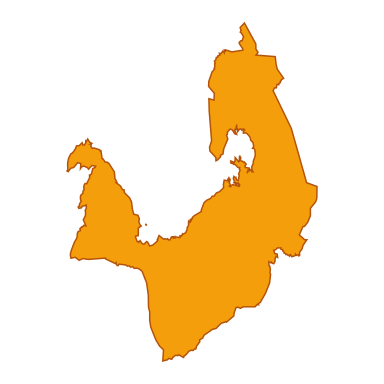 the district of Laguna, Laguna, Philippines
{"feature_id": "2640588B29584406601254", "entity_name": "Laguna", "entity_type": "district", "adm_level": 2, "iso_a3": "PHL", "parent_name": "Philippines", "parent_adm1": "Laguna", "projection": "equal_earth", "projection_center": [121.262, 14.28], "detail": "fine", "context": "isolated", "style": "filled", "palette": "amber", "viewbox_px": 384, "rotation_deg": 0, "n_neighbors": 0, "source": "geoboundaries", "source_scale": "gbopen_adm2", "svg_char_len": 5995}
<svg xmlns="http://www.w3.org/2000/svg" viewBox="0 0 384 384"><path d="M162.8,361.0L167.4,359.8L168.8,358.4L171.7,359.3L172.8,357.4L175.5,355.3L177.9,355.6L178.7,354.8L183.6,357.5L184.0,356.2L186.1,354.7L188.8,351.3L191.3,350.2L193.0,350.5L194.3,349.2L195.8,349.0L196.7,345.9L199.8,341.8L199.6,339.8L202.4,338.3L204.3,335.0L212.5,329.3L216.0,328.5L221.0,323.4L225.7,321.8L226.4,322.2L233.7,316.0L234.3,312.4L236.1,307.5L237.8,307.2L240.5,308.3L243.2,306.8L255.1,306.8L256.9,304.7L258.6,304.8L258.1,303.8L260.4,302.3L265.6,293.0L269.6,282.9L270.6,274.2L269.9,272.8L270.4,269.0L269.7,267.7L270.1,266.8L268.9,265.2L268.9,261.6L270.7,262.7L271.4,262.1L272.2,263.3L273.8,263.7L275.0,261.4L275.1,258.5L276.1,256.5L277.6,257.4L277.2,254.1L274.8,253.6L273.7,250.3L275.7,249.7L277.4,247.9L280.9,247.9L280.8,249.1L282.8,249.8L282.7,250.9L283.9,251.8L284.0,253.0L285.3,253.4L286.0,254.6L286.8,254.2L288.0,255.3L289.0,255.2L289.4,256.1L290.5,254.7L291.7,256.7L293.7,256.2L295.4,255.4L295.5,254.2L296.4,255.3L298.3,254.8L298.8,255.9L299.6,255.5L299.6,252.1L301.9,249.2L303.1,245.2L306.8,239.8L304.6,239.7L299.3,234.9L303.0,226.5L304.5,226.4L307.7,222.3L310.4,215.8L310.4,208.3L315.6,201.9L316.8,198.3L317.0,186.5L306.6,182.7L291.3,128.4L273.1,90.7L274.5,87.9L276.4,87.8L276.9,84.5L278.8,84.7L278.8,83.6L280.3,82.6L280.3,81.3L281.2,80.7L281.1,79.9L283.6,78.3L277.3,69.2L276.1,64.3L275.2,56.6L256.0,55.1L258.0,52.4L255.9,49.0L255.8,43.9L244.4,23.0L240.1,27.6L241.0,29.9L240.3,32.3L241.4,33.0L243.5,36.7L242.1,40.8L240.7,40.8L239.2,42.4L239.4,43.7L242.7,48.8L242.8,50.2L231.9,51.9L225.5,49.9L225.4,50.7L224.7,50.3L225.1,51.4L223.9,51.6L224.0,52.4L222.9,50.9L221.0,53.7L219.4,53.2L219.7,55.3L217.8,55.9L217.7,57.2L216.3,57.4L215.8,59.9L214.4,61.1L215.2,63.2L214.6,63.9L214.9,66.5L214.1,68.5L214.6,69.2L212.1,71.8L208.8,81.4L208.6,86.4L214.3,93.3L214.0,100.1L208.9,98.7L209.2,110.9L211.6,140.9L209.5,147.2L210.0,151.2L215.8,157.4L216.0,160.8L217.5,160.0L220.5,156.9L220.5,155.3L223.0,154.0L223.7,148.9L227.8,139.0L226.5,135.0L227.4,134.2L227.4,132.2L230.1,129.0L232.3,129.9L234.8,133.8L236.6,134.4L234.7,130.3L234.9,129.3L235.8,129.2L236.9,124.5L236.4,128.0L236.7,129.1L237.5,128.7L237.6,131.7L239.4,129.3L240.8,128.8L241.8,130.1L243.0,129.0L244.2,129.3L244.7,130.3L243.3,130.9L243.4,133.2L245.6,132.8L247.3,133.8L250.1,137.3L250.7,140.2L253.0,142.6L253.7,146.3L252.6,148.3L253.7,148.3L254.7,149.5L255.3,153.9L254.9,156.9L253.4,160.7L253.2,163.6L251.7,166.8L252.2,170.6L253.0,171.9L252.0,171.8L250.8,169.9L249.5,170.8L248.8,170.1L247.0,173.2L248.0,170.0L249.6,169.1L249.4,168.1L245.4,167.5L244.7,165.1L245.2,165.6L246.2,164.1L244.3,162.0L243.6,162.5L242.7,161.3L241.0,160.9L240.4,159.6L240.8,157.7L240.3,156.9L240.2,157.9L239.9,156.4L239.5,156.4L239.3,161.2L238.8,161.8L235.2,157.5L235.0,161.2L234.3,162.4L231.4,161.2L232.6,163.1L231.1,162.5L231.0,163.1L233.2,163.4L233.4,164.4L234.9,164.3L237.9,167.4L239.7,167.7L239.3,169.0L240.1,170.3L238.7,173.6L239.2,175.7L238.1,180.7L236.4,179.8L235.9,177.3L235.2,177.6L233.9,176.4L233.3,178.7L234.5,181.6L233.9,182.6L237.9,183.1L237.5,183.8L235.9,183.9L236.5,184.3L238.9,183.7L239.7,184.9L238.9,185.5L239.5,186.2L238.0,185.0L239.7,186.6L232.9,184.6L230.8,185.8L230.6,187.4L230.2,185.5L229.7,185.7L230.4,184.6L229.4,182.9L230.0,180.2L228.9,181.1L229.5,178.1L228.7,179.3L228.0,179.0L227.3,180.8L224.2,180.1L223.4,184.4L223.6,187.3L222.7,188.7L219.5,191.7L216.4,192.9L214.0,196.2L212.2,196.2L210.7,198.4L206.8,200.2L204.1,202.6L201.2,210.2L201.4,211.4L193.8,216.0L192.4,217.5L192.6,218.2L190.3,219.6L190.5,220.3L191.9,219.1L190.3,222.0L188.7,222.9L188.4,225.6L187.1,227.7L187.2,229.3L185.7,232.7L183.0,234.3L182.5,233.8L181.5,236.0L180.0,235.7L179.9,237.6L175.7,236.9L175.5,237.7L173.5,238.1L172.8,237.4L173.6,236.7L172.0,236.9L172.4,237.4L171.3,237.3L170.0,239.8L169.0,240.1L167.6,238.8L167.2,239.4L165.3,238.7L163.6,239.2L159.1,235.5L157.2,239.9L157.3,240.6L158.0,239.4L157.5,241.0L152.7,245.1L149.6,246.0L147.7,242.2L146.7,241.5L143.9,244.2L142.1,243.6L140.1,240.6L138.9,242.2L138.6,241.5L137.3,241.7L135.6,237.4L135.6,236.1L137.9,235.6L138.2,236.3L138.4,228.0L141.2,226.0L140.0,224.8L138.8,221.7L139.4,218.9L138.0,215.3L133.7,214.2L132.4,209.2L131.5,201.8L129.6,197.9L124.4,192.6L124.1,189.9L122.5,189.7L120.5,186.0L116.3,182.8L117.0,182.8L116.9,182.1L115.0,178.6L114.3,171.8L108.9,163.4L107.2,162.2L105.2,162.1L102.9,158.8L102.1,158.7L101.0,151.0L100.4,151.2L100.5,150.6L99.2,149.6L93.9,148.0L92.2,148.3L90.8,146.4L91.3,144.1L90.5,144.1L91.8,143.3L89.7,142.3L87.7,139.0L86.3,141.5L85.8,141.0L85.7,143.1L84.2,145.1L83.0,145.1L82.1,142.7L79.3,145.6L76.5,145.9L75.2,149.3L72.7,152.7L70.6,154.1L68.5,158.6L67.6,163.4L67.8,169.8L67.0,171.0L68.1,171.7L70.9,168.2L73.7,167.5L77.7,162.6L80.8,163.6L80.5,168.5L81.5,167.0L83.6,166.0L87.3,167.5L88.6,169.2L91.9,165.5L95.7,166.2L94.9,167.6L92.8,168.5L91.4,174.1L89.5,175.1L90.0,175.8L89.5,176.3L89.7,177.4L86.7,183.7L85.1,183.5L84.2,184.8L83.7,187.5L84.2,189.7L83.2,190.7L82.7,193.6L81.1,194.8L80.4,196.5L80.5,199.5L81.2,201.2L79.8,203.5L79.2,205.3L79.6,206.2L78.1,207.0L78.9,208.4L81.5,207.8L82.4,206.0L85.8,205.7L86.4,204.3L86.3,208.2L85.1,210.6L85.6,211.4L85.4,215.9L83.3,219.7L85.9,225.8L83.8,225.3L82.5,227.0L81.7,226.8L79.8,228.9L80.4,229.5L80.2,230.8L78.2,231.5L77.5,232.9L76.9,238.0L74.4,242.2L71.4,250.1L70.3,254.3L70.9,258.2L75.3,257.3L79.1,260.3L82.9,258.6L88.6,259.4L105.5,258.1L105.5,258.9L115.6,263.7L116.0,262.7L116.8,265.1L117.9,265.7L119.3,264.1L126.3,265.1L127.2,266.1L129.4,265.9L130.5,267.1L132.9,266.8L134.2,268.4L136.6,268.1L139.1,268.9L142.1,271.3L146.6,282.8L148.3,294.9L148.5,307.0L149.7,312.0L149.7,320.2L150.8,327.2L155.9,339.9L159.6,346.1L163.5,349.8L162.8,361.0ZM147.0,225.4L146.2,224.8L145.7,223.8L145.7,224.7L147.0,225.4ZM188.5,222.4L189.2,221.2L188.9,220.8L188.5,221.7L188.5,222.4ZM236.6,129.6L236.4,128.8L236.1,128.4L236.1,129.6L236.6,129.6ZM231.5,162.4L230.7,161.8L230.6,162.0L231.5,162.4ZM228.5,178.4L229.0,177.9L228.9,177.7L228.5,178.4Z" fill="#f59e0b" stroke="#b45309" stroke-width="1.5"/></svg>